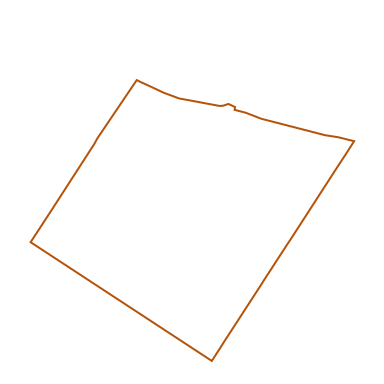 the district of Ashtabula, Ohio, United States of America, rotated 33°
{"feature_id": "52423323B34743732368607", "entity_name": "Ashtabula", "entity_type": "district", "adm_level": 2, "iso_a3": "USA", "parent_name": "United States of America", "parent_adm1": "Ohio", "projection": "robinson", "projection_center": [-80.712, 41.739], "detail": "fine", "context": "isolated", "style": "outline", "palette": "amber", "viewbox_px": 384, "rotation_deg": 33, "n_neighbors": 0, "source": "geoboundaries", "source_scale": "gbopen_adm2", "svg_char_len": 554}
<svg xmlns="http://www.w3.org/2000/svg" viewBox="0 0 384 384"><g transform="rotate(33 192 192)"><path d="M84.0,322.0L300.6,322.9L300.6,307.1L300.5,301.3L300.5,243.8L300.5,229.8L300.4,229.0L300.4,212.4L300.4,191.7L300.4,184.5L300.5,177.5L300.4,131.2L300.3,87.6L300.4,79.5L300.3,61.8L300.3,61.1L284.9,66.4L272.4,72.0L210.4,92.8L193.8,96.3L183.0,99.9L181.8,97.3L174.6,98.3L171.1,102.7L168.3,104.8L130.1,120.6L114.1,124.2L97.4,126.5L89.3,127.7L84.7,128.3L83.4,198.7L83.9,204.9L84.1,283.8L84.0,322.0Z" fill="none" stroke="#b45309" stroke-width="2"/></g></svg>